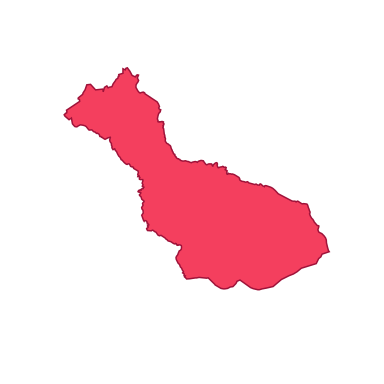 the district of Posaga, Alba, Romania, rotated 208°
{"feature_id": "2599482B27316510351450", "entity_name": "Posaga", "entity_type": "district", "adm_level": 2, "iso_a3": "ROU", "parent_name": "Romania", "parent_adm1": "Alba", "projection": "mercator", "projection_center": [23.36, 46.459], "detail": "fine", "context": "isolated", "style": "filled", "palette": "rose", "viewbox_px": 384, "rotation_deg": 208, "n_neighbors": 0, "source": "geoboundaries", "source_scale": "gbopen_adm2", "svg_char_len": 6079}
<svg xmlns="http://www.w3.org/2000/svg" viewBox="0 0 384 384"><g transform="rotate(208 192 192)"><path d="M332.1,239.4L335.2,237.3L334.4,232.1L334.7,228.4L334.4,226.9L336.6,221.7L336.3,220.8L334.8,220.8L333.7,219.3L341.2,205.3L340.0,204.0L340.1,203.1L339.9,202.9L340.6,202.0L341.1,200.1L340.4,199.9L339.8,199.3L334.5,198.1L333.2,200.7L329.6,196.1L327.5,195.2L326.0,194.8L324.6,195.3L324.0,195.8L323.5,196.9L322.1,198.9L319.6,199.8L317.5,200.2L316.1,200.1L312.3,198.4L311.5,198.6L309.7,199.8L309.4,199.8L307.3,199.1L305.4,199.4L304.0,198.9L303.4,199.1L302.9,199.6L302.1,199.4L301.8,199.5L300.8,199.2L300.0,198.3L299.4,197.8L298.4,198.2L297.6,197.8L297.1,198.1L296.5,197.9L294.7,197.7L293.5,197.7L291.6,200.4L289.9,202.0L289.7,201.9L289.1,199.2L288.1,198.1L287.5,197.7L285.9,197.0L285.2,195.6L284.0,194.7L283.8,194.0L283.3,193.3L281.6,192.3L280.6,193.8L280.2,193.7L279.1,192.6L277.8,192.4L275.5,190.6L273.5,189.3L272.2,189.0L270.8,188.2L269.8,187.3L268.6,187.3L265.4,186.1L263.1,185.7L262.2,185.9L261.6,186.9L260.6,187.3L259.4,186.7L258.3,185.8L256.6,186.0L256.4,186.3L255.8,186.3L255.2,186.2L254.6,185.4L249.5,185.2L249.1,184.8L249.0,184.5L248.4,183.8L248.2,182.1L247.4,181.5L247.1,180.2L246.8,180.4L246.7,181.4L246.1,181.3L245.8,180.5L244.9,180.4L244.9,179.4L244.4,178.6L243.5,178.7L241.3,179.8L240.6,178.8L240.2,176.4L238.5,175.3L238.7,173.8L238.3,173.5L236.9,173.8L236.7,173.6L237.0,173.1L236.7,172.1L237.8,171.2L238.2,170.3L237.9,169.8L238.9,169.5L238.9,168.9L239.8,168.4L239.9,167.1L239.4,166.8L237.1,167.5L236.8,167.3L236.7,166.6L237.1,164.7L236.3,164.2L234.9,163.9L232.9,162.0L230.2,161.5L229.8,160.9L230.3,159.6L230.2,158.4L229.6,158.0L229.0,157.2L229.2,154.7L228.2,153.5L226.6,152.8L225.2,150.5L225.5,147.9L221.6,144.3L220.5,143.7L220.5,144.3L220.2,144.7L218.6,145.0L217.6,144.4L217.3,143.7L216.4,143.6L216.4,142.9L216.2,142.9L215.1,143.0L214.7,142.6L215.4,141.4L215.4,141.1L214.8,140.7L214.3,140.7L214.2,139.9L214.9,138.7L214.9,138.3L214.7,138.1L213.2,137.1L209.7,138.6L209.1,139.7L208.3,139.9L206.6,139.5L204.9,139.6L201.9,138.0L200.3,138.0L199.0,139.2L194.3,138.8L192.8,138.2L191.8,138.2L190.2,137.6L187.2,138.2L184.8,137.9L183.4,137.9L182.5,138.2L182.3,138.9L181.6,139.0L180.3,138.0L180.1,138.0L179.8,138.5L179.4,138.4L179.1,138.6L178.9,138.8L178.8,139.3L178.1,139.4L177.6,139.7L176.3,139.7L175.4,138.5L174.6,136.5L174.9,135.0L175.6,134.1L175.4,131.4L175.2,130.5L175.2,129.1L175.5,128.1L175.4,127.0L175.3,126.5L174.4,125.3L174.0,124.9L170.8,122.6L168.9,122.1L167.1,120.4L165.5,119.9L163.8,118.5L162.4,117.8L162.0,117.5L162.3,116.2L160.5,116.0L159.9,115.0L159.8,114.5L158.7,114.7L158.8,114.4L158.6,114.2L158.8,113.6L158.7,113.5L158.1,113.5L155.9,112.7L153.3,114.3L148.6,117.8L147.6,118.3L145.7,119.9L138.6,122.8L137.4,123.8L128.6,121.2L128.0,120.8L121.1,120.5L118.6,121.3L117.4,122.0L115.3,123.6L113.6,126.1L111.5,127.6L111.3,128.1L110.3,131.6L110.2,132.9L110.4,134.2L108.3,136.8L95.4,135.1L92.6,135.4L88.1,136.6L86.7,137.3L84.7,139.3L81.1,142.2L76.0,146.6L72.0,156.7L67.0,163.7L64.0,167.2L61.8,170.9L59.7,176.0L48.7,187.1L48.9,192.7L47.8,195.2L48.0,198.2L42.8,203.7L44.1,204.4L46.3,206.7L49.3,210.1L50.9,212.7L52.6,214.2L54.9,215.3L57.8,216.2L59.9,216.1L60.9,216.1L61.6,216.4L63.1,217.7L63.7,220.8L64.1,221.6L64.6,221.6L65.6,221.2L70.2,223.0L70.7,223.5L72.5,224.6L73.8,224.9L76.0,226.2L78.0,227.9L77.9,228.7L78.4,229.8L79.0,230.2L81.2,232.3L81.8,232.7L83.7,234.7L84.9,235.3L88.1,234.1L88.5,233.6L89.7,233.2L94.2,233.6L94.8,233.3L95.3,232.2L95.8,232.1L96.4,232.3L97.1,232.1L97.8,231.6L99.5,231.0L115.0,230.9L119.2,232.4L122.1,233.1L123.3,233.2L124.7,233.2L129.0,232.5L129.8,232.3L130.4,231.9L130.7,231.5L130.6,230.7L132.2,230.6L134.8,231.3L135.5,231.2L135.9,230.6L135.8,229.7L137.2,229.0L139.2,229.1L140.0,228.1L146.2,226.7L147.2,227.1L147.9,227.1L149.2,225.8L150.9,225.6L153.2,224.8L155.3,225.0L155.9,225.8L156.2,225.8L156.4,226.3L157.4,226.9L162.6,227.2L164.7,226.9L165.3,226.3L166.2,226.3L167.6,225.6L168.6,225.6L168.8,224.4L169.4,224.2L170.2,224.8L170.4,225.4L170.4,226.0L171.1,226.6L170.9,227.1L171.0,227.3L173.1,227.3L172.9,228.4L173.3,229.1L173.3,229.6L174.1,229.7L175.0,228.9L175.9,228.9L176.1,229.2L177.0,229.0L177.4,228.3L178.9,227.2L179.8,226.0L180.4,225.8L182.0,227.0L182.7,228.0L182.6,228.6L183.3,229.3L183.9,229.5L184.3,229.3L185.0,228.5L185.7,226.7L186.0,225.6L185.7,224.7L185.8,224.6L186.3,224.7L187.6,225.9L188.1,225.9L190.5,224.6L191.7,223.0L192.7,222.9L195.2,224.0L196.6,224.9L197.3,224.5L197.6,224.6L198.9,224.1L200.8,222.1L201.2,220.7L202.4,220.7L203.5,220.4L205.8,218.4L206.3,217.6L208.2,217.2L209.2,217.3L210.1,216.9L212.4,216.5L214.2,215.2L214.9,214.9L217.2,214.5L217.9,215.0L218.9,214.8L219.5,215.0L220.6,214.6L222.3,215.1L222.5,215.5L224.3,216.1L224.6,216.9L225.1,217.2L225.8,217.0L226.8,217.5L227.4,218.3L228.4,218.7L229.2,219.7L229.8,219.9L231.8,221.7L232.2,222.3L233.2,222.8L234.2,222.8L235.3,223.2L237.1,223.1L239.4,224.3L240.2,225.8L240.3,226.4L241.1,227.3L241.8,227.4L242.1,227.8L242.0,228.4L243.2,229.8L243.6,230.0L246.8,234.6L247.3,234.7L247.6,235.1L247.9,235.2L248.1,235.5L247.9,235.8L247.9,236.0L248.4,236.6L248.4,236.9L248.8,237.2L248.5,237.6L248.7,238.1L248.6,238.4L248.7,238.6L248.7,238.9L249.2,239.0L249.7,239.4L249.6,239.6L250.0,240.0L250.2,240.5L250.9,240.2L251.4,240.3L252.0,239.9L252.3,239.4L252.8,239.3L253.3,238.7L253.6,238.8L254.3,238.2L255.1,238.1L255.5,239.1L256.9,240.3L257.8,243.3L258.3,245.9L257.9,246.8L257.7,248.1L258.2,249.0L258.1,249.8L259.9,249.9L260.9,250.6L260.8,252.1L263.0,254.0L265.1,255.2L279.5,256.6L280.3,257.3L280.9,257.4L281.5,257.0L282.0,257.3L283.7,255.8L284.2,255.1L285.1,255.0L287.4,255.9L290.7,258.1L291.7,260.4L291.6,262.6L291.4,263.2L291.5,265.4L293.6,266.9L293.9,267.8L294.1,270.1L294.9,270.0L295.6,269.4L295.9,268.7L295.9,267.2L296.3,267.0L299.6,266.8L303.6,269.5L307.4,271.3L308.4,270.2L308.3,268.5L310.8,268.4L308.7,264.4L311.8,261.3L310.9,260.2L311.4,259.6L310.9,257.7L311.9,255.7L311.9,254.0L312.4,250.6L312.1,247.4L314.0,245.9L315.0,244.6L317.0,245.7L318.4,243.3L317.4,238.7L318.3,240.1L319.2,240.9L325.1,236.9L332.1,239.4Z" fill="#f43f5e" stroke="#9f1239" stroke-width="1.5"/></g></svg>